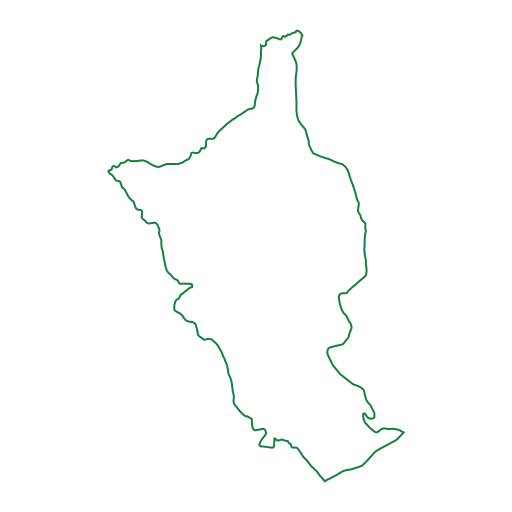 the district of Newala, Mtwara, United Republic of Tanzania
{"feature_id": "72390352B96178710336492", "entity_name": "Newala", "entity_type": "district", "adm_level": 2, "iso_a3": "TZA", "parent_name": "United Republic of Tanzania", "parent_adm1": "Mtwara", "projection": "albers", "projection_center": [39.269, -10.7], "detail": "fine", "context": "isolated", "style": "outline", "palette": "green", "viewbox_px": 512, "rotation_deg": 0, "n_neighbors": 0, "source": "geoboundaries", "source_scale": "gbopen_adm2", "svg_char_len": 6048}
<svg xmlns="http://www.w3.org/2000/svg" viewBox="0 0 512 512"><path d="M261.1,45.8L261.3,48.5L260.9,52.4L260.9,56.1L260.7,58.9L259.3,65.4L258.3,68.7L257.6,76.5L256.9,80.0L256.9,82.2L257.8,84.2L258.2,86.5L257.9,91.6L257.6,93.7L256.7,95.5L255.2,100.7L254.8,104.8L254.4,106.6L253.6,107.8L252.5,108.5L249.8,108.9L248.7,109.2L246.6,110.4L241.3,114.1L237.4,116.3L234.3,118.7L233.3,119.1L227.4,123.5L218.9,131.4L217.1,133.7L214.7,137.7L214.0,138.3L212.2,138.9L210.7,138.7L208.5,138.8L207.2,139.3L206.5,140.2L206.1,141.9L206.0,145.1L205.8,146.4L205.4,147.4L203.9,148.5L203.4,148.5L201.9,148.0L201.5,148.2L201.0,148.8L200.5,150.0L199.7,151.4L198.6,152.6L197.4,153.0L196.0,153.1L192.8,152.6L191.8,152.8L191.3,153.4L190.1,157.0L189.2,158.5L188.2,159.3L185.0,160.8L182.6,162.5L178.9,163.8L177.2,164.0L168.1,164.0L166.3,164.2L163.4,165.2L159.3,166.9L157.9,166.9L155.4,166.4L153.4,165.5L150.4,164.0L147.9,162.2L145.4,161.1L143.4,160.5L141.6,160.4L136.3,161.1L130.5,161.1L129.3,160.2L127.9,159.9L127.0,160.4L124.8,162.2L123.9,162.6L123.1,162.8L121.1,162.9L119.8,164.4L118.9,165.9L118.0,166.8L116.9,167.2L116.0,167.3L114.8,166.2L114.1,166.0L113.3,166.1L112.6,166.6L112.2,167.3L111.6,169.3L111.3,169.6L110.2,170.4L108.9,170.5L108.4,171.2L108.8,172.5L110.1,173.7L112.1,175.1L112.8,175.8L115.8,180.3L116.5,180.6L118.8,181.0L119.7,181.4L120.4,182.4L122.1,187.4L122.4,187.9L123.8,188.6L124.8,189.7L128.2,196.2L129.1,197.5L131.7,200.3L132.9,200.8L133.4,201.4L135.3,206.9L135.9,208.1L136.8,209.1L137.6,209.6L140.8,210.0L141.9,211.0L142.2,212.2L141.7,217.1L142.1,218.1L142.9,219.1L145.0,220.7L146.4,222.4L148.0,223.3L149.3,223.5L152.5,222.9L154.7,222.7L155.3,222.9L156.5,223.7L157.6,225.0L159.1,228.8L159.4,229.9L159.4,231.0L158.9,233.1L159.7,236.0L161.2,239.5L161.4,240.7L161.3,243.5L161.6,247.7L162.1,249.3L162.8,251.0L163.3,255.3L165.0,263.8L165.7,267.2L166.6,270.1L167.8,272.0L169.0,273.3L170.6,274.6L173.2,277.8L174.8,279.0L177.6,280.3L178.4,281.6L179.0,283.1L179.9,283.7L180.8,283.8L183.1,283.6L190.1,283.8L191.1,284.0L191.8,284.3L192.4,286.6L192.0,287.2L191.0,287.3L188.9,288.4L183.3,293.0L181.6,294.1L180.5,295.0L179.4,297.7L178.7,298.5L176.6,299.8L175.6,300.8L174.5,304.2L174.3,306.4L174.3,309.6L175.0,310.5L176.3,311.5L180.1,313.5L182.4,315.6L184.5,318.9L185.5,320.0L186.9,320.9L188.0,321.3L190.8,322.0L191.7,321.8L194.3,323.0L195.3,323.8L195.9,325.2L196.9,329.3L197.4,330.8L197.7,332.0L197.6,333.0L197.8,334.2L198.3,335.3L199.5,336.5L201.7,337.9L203.8,339.7L205.0,339.7L208.2,338.8L211.0,339.2L212.0,339.7L216.2,343.5L218.0,345.9L222.2,353.3L223.1,356.2L224.5,358.8L225.8,362.4L226.6,364.0L227.8,368.9L228.1,372.0L228.6,373.9L230.4,378.1L231.1,380.1L231.8,383.4L232.9,392.3L233.3,393.2L233.9,395.8L233.5,401.1L233.9,403.1L234.3,404.2L239.6,410.9L242.6,414.0L244.9,415.9L247.2,416.6L247.6,416.4L250.3,418.2L251.6,418.7L251.9,420.7L251.9,423.2L252.5,427.3L253.1,428.7L253.7,429.6L254.6,430.1L255.6,430.3L259.9,429.5L262.4,428.8L263.5,428.9L264.2,429.1L264.8,429.6L265.3,430.5L266.0,432.4L266.0,433.1L265.8,433.9L264.4,436.3L263.2,437.6L261.0,440.6L259.3,444.6L259.5,445.3L260.0,445.9L260.9,446.4L264.1,446.6L271.2,447.6L272.7,447.6L273.5,447.2L274.0,445.9L274.5,438.5L275.0,438.6L275.7,439.0L276.2,439.7L277.2,440.4L279.2,440.4L281.7,439.5L286.5,441.0L287.8,441.1L288.7,442.9L289.4,443.5L290.6,444.0L291.6,446.9L292.2,447.5L294.8,447.5L296.7,447.8L297.6,448.3L301.3,453.6L303.2,456.8L306.2,459.7L308.8,462.9L310.7,465.5L312.2,467.1L313.6,468.2L314.5,469.4L316.6,471.1L320.4,476.3L322.0,477.9L324.8,481.3L327.5,479.6L328.8,479.1L335.3,475.7L343.1,471.1L347.4,469.8L349.5,469.7L351.1,469.4L359.6,466.7L362.4,465.5L368.4,459.3L374.9,452.1L375.6,451.5L381.2,448.1L395.6,440.4L397.4,439.1L403.6,432.4L400.7,431.0L399.9,430.3L396.8,429.4L394.0,428.9L392.2,428.8L389.8,429.0L387.4,429.0L384.9,428.4L381.9,428.8L380.7,429.5L379.7,430.6L377.7,432.0L376.4,432.3L375.2,432.0L374.3,431.5L369.7,427.7L365.0,422.5L364.4,421.1L363.6,419.0L363.2,416.8L363.2,414.1L363.6,413.5L364.6,413.5L365.6,414.4L366.9,416.7L369.0,418.4L370.7,418.8L373.0,418.3L374.0,417.8L374.3,417.4L374.5,415.0L374.4,414.2L374.2,412.9L373.7,411.5L370.5,405.4L368.8,403.3L367.6,402.1L366.1,399.4L364.0,391.1L363.6,390.0L361.8,388.2L359.4,386.7L356.4,385.4L353.8,384.6L352.6,383.9L340.3,374.3L333.5,366.0L332.4,364.3L327.8,354.9L327.3,352.5L327.5,350.6L328.1,349.0L328.7,348.2L329.7,347.6L331.9,346.9L342.4,344.4L343.2,343.8L344.7,342.2L345.4,341.0L347.9,338.1L348.8,336.6L349.0,334.7L349.5,333.8L349.8,332.5L351.3,328.8L351.6,327.7L351.3,325.5L350.9,324.2L350.1,322.6L349.2,321.6L347.0,317.2L345.6,314.9L343.8,313.3L342.5,311.3L341.6,309.2L339.8,303.8L338.7,296.8L339.5,294.9L340.7,293.6L343.6,293.2L346.4,293.2L347.1,292.6L348.8,290.3L353.9,285.9L356.3,284.1L358.4,281.9L364.6,276.8L366.1,274.9L366.6,270.7L366.5,269.1L365.9,263.5L365.9,261.3L365.6,258.6L364.9,255.6L364.3,249.9L364.7,242.8L364.6,240.2L365.1,234.4L365.8,230.8L365.9,230.0L365.3,228.6L365.3,227.5L365.5,223.9L365.1,223.1L362.8,221.1L361.8,219.9L360.7,217.1L360.6,215.9L360.2,215.0L359.4,213.9L358.2,211.5L358.0,209.8L358.8,204.5L358.6,202.3L357.8,201.2L356.5,197.8L356.0,195.1L353.3,186.2L350.7,179.5L348.3,171.8L347.6,170.5L347.2,169.2L345.1,166.5L342.9,164.6L341.8,164.0L338.0,163.1L336.6,162.5L332.4,160.8L330.6,159.7L320.6,156.5L313.3,153.3L312.5,152.2L311.3,150.0L309.1,145.1L308.6,142.0L308.7,140.5L307.4,136.9L305.5,129.9L305.2,129.2L301.0,124.2L298.7,120.8L297.8,118.5L297.0,115.5L296.4,110.2L296.5,102.7L295.6,83.6L295.7,78.2L296.7,69.4L296.6,64.6L295.9,62.0L294.0,57.3L292.5,54.8L292.4,52.8L297.3,48.2L298.8,46.2L300.4,42.8L301.7,37.2L301.9,35.9L301.8,35.1L302.2,35.0L300.9,33.1L298.8,31.1L297.5,30.7L296.5,30.8L295.9,31.3L295.7,32.1L295.5,32.3L294.4,32.5L293.3,32.9L292.4,33.1L289.5,34.9L288.0,34.6L287.6,34.7L286.9,35.7L285.0,36.8L283.5,36.1L283.0,36.1L282.4,36.8L281.7,38.1L281.5,39.0L281.2,39.3L279.5,39.3L276.4,37.9L274.2,37.6L273.3,37.2L272.5,37.3L269.4,38.9L268.2,40.1L267.3,40.4L266.5,40.8L266.0,42.9L266.0,44.4L265.9,45.2L263.6,46.2L262.8,46.0L261.5,46.2L261.1,45.8Z" fill="none" stroke="#15803d" stroke-width="2"/></svg>